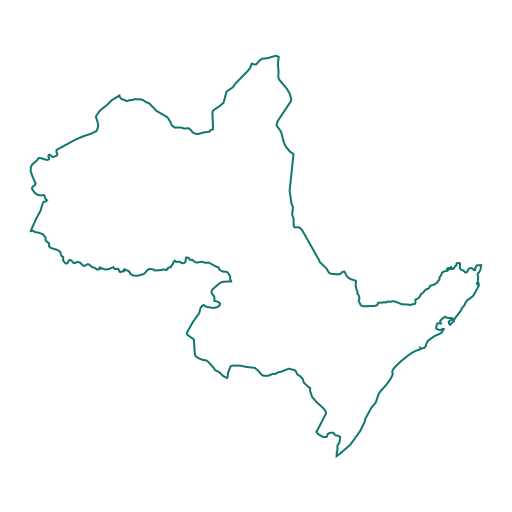 the district of Mogincual, Nampula, Mozambique
{"feature_id": "85939544B68532442394498", "entity_name": "Mogincual", "entity_type": "district", "adm_level": 2, "iso_a3": "MOZ", "parent_name": "Mozambique", "parent_adm1": "Nampula", "projection": "mercator", "projection_center": [40.17, -15.431], "detail": "fine", "context": "isolated", "style": "outline", "palette": "teal", "viewbox_px": 512, "rotation_deg": 0, "n_neighbors": 0, "source": "geoboundaries", "source_scale": "gbopen_adm2", "svg_char_len": 6014}
<svg xmlns="http://www.w3.org/2000/svg" viewBox="0 0 512 512"><path d="M336.6,456.1L340.9,452.9L350.3,444.7L360.0,431.3L364.5,422.2L365.4,418.7L371.3,407.8L375.6,402.8L378.7,393.9L380.8,390.9L386.7,384.3L390.9,378.3L392.8,374.1L392.2,372.4L392.4,371.2L393.0,369.5L394.8,367.2L400.9,361.3L407.5,355.9L412.4,352.5L416.3,350.6L420.2,349.3L420.6,348.8L420.3,347.9L421.6,348.5L424.1,348.0L426.0,345.7L426.3,344.0L427.9,340.8L434.3,336.2L441.6,332.9L442.0,331.7L443.8,329.1L442.9,328.8L440.2,330.1L437.0,329.2L436.1,328.1L437.0,323.9L437.8,323.2L440.8,323.5L440.2,321.2L440.4,320.6L442.2,318.7L445.2,316.7L446.3,317.5L448.5,318.0L451.5,317.9L452.8,319.0L452.2,319.7L450.6,320.1L448.7,321.8L449.0,323.6L450.2,324.8L450.5,324.6L450.8,323.8L453.8,321.2L454.5,318.9L460.5,311.1L461.8,308.3L464.5,305.2L465.0,303.5L467.0,300.5L472.7,296.3L474.0,294.7L478.8,285.6L478.8,284.9L477.9,284.8L476.8,283.4L477.4,282.8L478.4,282.7L477.8,281.9L478.2,276.7L477.6,274.9L477.9,273.3L479.1,272.3L480.6,269.2L480.9,266.4L481.3,265.8L481.2,265.1L476.7,265.4L475.1,268.4L475.2,270.0L474.8,270.2L473.9,270.0L471.8,268.2L470.0,268.1L468.3,269.3L467.1,271.9L465.9,272.6L465.3,272.5L463.7,270.8L460.6,269.4L460.2,268.8L459.8,267.3L460.1,263.7L459.6,263.1L456.8,263.2L456.4,263.9L456.4,265.2L454.6,266.7L453.8,268.5L452.8,269.1L451.8,269.0L451.2,267.1L450.3,267.6L450.5,268.4L450.1,269.0L449.3,269.0L448.5,268.0L448.0,268.1L447.8,268.6L448.5,269.2L448.0,270.0L447.6,269.1L447.1,269.1L446.8,270.8L443.7,271.6L442.0,272.7L440.9,275.7L439.5,277.3L439.5,279.4L437.6,281.6L437.2,282.8L435.3,283.6L434.6,284.5L430.3,285.7L428.6,288.6L426.6,289.1L424.4,290.9L423.4,292.4L420.7,294.3L420.1,296.2L418.4,298.1L415.4,299.7L415.5,301.8L415.1,303.6L414.4,304.1L412.5,304.2L410.1,305.1L408.6,304.6L401.5,304.2L397.0,302.2L393.1,301.1L391.1,301.7L387.1,301.6L385.5,302.6L384.0,302.1L382.5,302.7L378.3,302.7L377.8,303.1L377.6,304.8L376.9,305.3L374.2,306.0L363.5,306.3L361.8,305.8L360.7,305.2L359.0,301.4L358.7,300.3L359.5,298.1L358.4,294.7L357.4,293.6L357.5,291.4L356.7,289.9L355.8,286.4L355.7,283.7L356.1,281.4L355.8,280.7L350.5,279.1L347.9,277.3L346.6,275.8L344.4,271.6L342.4,271.9L340.6,273.8L338.6,274.4L331.3,273.8L329.9,273.4L328.7,272.3L326.3,268.2L319.8,262.1L319.1,260.2L302.1,230.1L299.5,227.6L298.3,227.2L295.2,227.4L294.0,226.8L293.7,225.9L293.6,218.6L292.1,214.4L293.0,207.3L291.5,203.8L289.6,190.8L293.5,154.0L289.7,151.4L285.5,146.2L283.6,141.7L281.4,132.9L279.8,129.8L277.0,126.2L276.6,124.6L277.6,121.2L291.1,100.9L291.1,98.5L289.9,94.2L287.0,88.9L279.4,79.9L278.3,77.4L278.5,70.7L277.9,63.7L278.7,56.9L276.7,56.0L275.1,55.9L267.7,58.2L262.2,58.7L259.4,60.7L256.2,64.4L254.0,64.4L251.8,63.6L250.0,68.1L248.0,70.7L235.1,83.9L232.9,87.2L227.0,91.3L226.4,92.1L223.5,102.8L219.1,106.5L214.0,109.8L212.9,111.0L212.4,112.5L213.1,129.2L210.7,130.1L209.2,131.8L204.5,132.3L198.1,134.0L196.4,134.0L192.7,132.5L191.2,130.4L188.6,128.2L184.4,128.6L180.9,127.5L174.8,127.6L171.7,125.3L170.7,122.5L168.5,118.8L166.9,116.9L156.6,111.0L149.0,103.1L146.1,102.3L143.1,100.0L140.8,99.4L134.4,99.2L131.9,100.1L128.9,100.3L127.5,101.0L126.0,100.9L124.4,99.8L121.9,99.2L119.6,97.0L119.4,95.5L111.6,100.3L106.9,105.1L100.2,110.3L96.6,115.2L95.9,116.8L97.7,122.3L98.2,126.6L96.5,131.0L91.3,133.6L83.0,136.4L75.5,139.6L56.6,149.9L56.4,151.7L57.4,154.6L56.4,155.8L53.0,157.0L51.7,156.5L50.5,155.1L49.6,154.7L48.7,155.0L48.4,156.5L49.2,158.4L48.8,159.4L46.9,160.0L40.4,158.1L38.4,158.2L37.0,160.4L32.2,164.5L30.8,167.0L30.7,171.3L32.5,176.6L35.6,183.5L34.9,185.1L32.5,186.8L31.9,188.7L34.6,192.7L37.4,194.8L40.4,195.4L43.9,195.1L44.5,195.6L45.6,199.2L47.0,200.3L45.8,201.5L43.7,201.8L42.8,203.1L40.4,211.0L36.7,217.7L31.6,228.9L30.9,231.1L33.3,230.7L35.1,232.2L38.5,232.6L43.0,234.3L45.3,237.3L45.8,240.7L48.9,243.2L49.2,244.0L49.0,245.8L49.4,246.8L50.9,248.0L56.8,249.7L59.5,251.2L60.4,252.3L61.4,255.9L63.2,257.0L63.2,259.2L62.9,259.6L63.3,260.8L65.5,263.4L66.6,263.6L67.7,262.9L68.6,260.9L69.7,260.0L70.4,260.0L71.5,260.6L73.5,262.9L75.0,263.1L77.3,261.9L80.0,262.6L83.2,265.7L84.6,265.9L87.2,264.3L88.9,264.4L92.2,267.2L95.0,268.0L97.0,269.6L99.6,269.1L99.5,267.6L100.2,267.4L101.3,268.2L105.4,269.5L108.6,269.2L113.3,267.2L114.7,269.1L117.8,268.8L118.7,269.4L119.3,271.5L120.3,272.2L121.9,271.4L123.8,271.4L124.2,270.6L123.9,269.9L124.7,269.2L125.7,270.2L128.0,270.6L129.9,272.4L130.3,274.0L132.9,275.4L136.0,275.8L140.2,275.2L143.5,274.0L144.7,273.4L147.2,270.2L149.2,269.0L153.2,269.3L154.9,270.5L161.0,270.1L163.0,269.4L166.6,270.0L167.4,269.5L167.3,268.6L168.5,267.6L170.2,267.4L171.1,266.7L171.1,266.2L173.3,263.3L173.4,262.1L174.8,260.7L176.1,261.9L179.2,261.7L180.1,261.9L181.5,263.1L183.6,263.2L184.9,262.5L185.7,260.8L185.9,257.7L186.9,257.4L188.8,258.1L189.9,259.9L192.4,259.9L194.4,261.7L196.5,262.6L201.5,261.8L205.7,262.8L208.8,262.6L216.7,266.9L218.6,267.4L219.4,269.7L222.8,271.6L226.5,271.8L227.7,272.5L230.2,276.4L230.1,278.8L231.1,281.4L222.8,281.8L219.7,283.1L213.1,288.9L212.1,290.0L211.5,291.7L211.7,293.0L214.4,297.0L214.3,300.8L218.1,301.9L219.9,303.1L219.9,304.8L218.0,306.8L213.6,308.0L207.2,307.0L205.1,306.1L203.5,304.9L202.5,305.6L200.7,307.5L199.2,313.2L192.9,322.0L187.2,332.1L186.9,333.9L187.6,335.0L193.5,339.2L193.9,340.1L194.7,352.9L195.5,355.9L197.0,357.2L200.5,359.1L203.5,360.1L206.1,360.3L207.8,361.4L213.3,367.4L215.2,370.2L219.2,372.1L222.8,375.7L227.0,378.1L227.7,376.7L227.9,373.1L230.3,366.9L230.7,366.2L232.6,365.6L240.1,365.6L246.3,366.9L254.8,367.9L258.3,370.8L261.5,374.6L263.8,375.8L268.1,375.8L272.4,374.0L275.8,373.8L277.5,372.5L280.9,371.8L288.7,368.7L294.6,370.1L295.4,370.7L297.5,374.6L299.9,376.0L302.4,378.5L304.0,382.8L308.8,387.3L310.1,387.9L310.1,390.9L312.1,397.0L316.3,401.9L323.7,408.6L325.8,411.5L325.9,413.7L317.0,431.0L316.4,431.3L316.7,432.4L317.9,434.0L322.9,436.9L326.0,437.1L326.7,436.8L327.9,433.9L329.6,433.0L332.5,432.6L333.9,433.3L334.5,434.4L335.9,435.5L337.9,435.7L340.2,437.0L339.4,442.7L337.4,445.6L337.5,449.5L336.7,452.8L336.6,456.1Z" fill="none" stroke="#0f766e" stroke-width="2"/></svg>